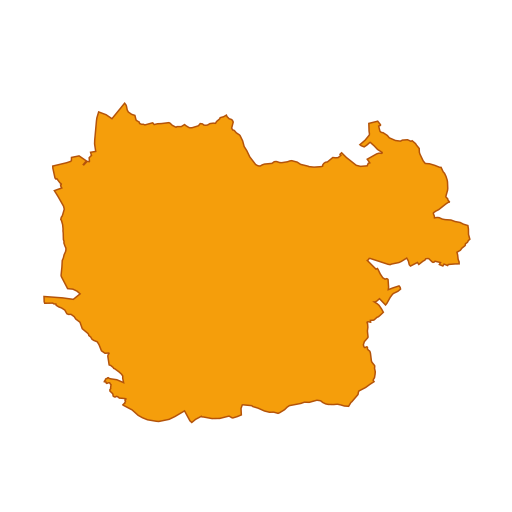 Hoparta, Alba, Romania (Natural Earth projection), rotated 176°
{"feature_id": "2599482B78204466133133", "entity_name": "Hoparta", "entity_type": "district", "adm_level": 2, "iso_a3": "ROU", "parent_name": "Romania", "parent_adm1": "Alba", "projection": "natural_earth1", "projection_center": [23.904, 46.328], "detail": "fine", "context": "isolated", "style": "filled", "palette": "amber", "viewbox_px": 512, "rotation_deg": 176, "n_neighbors": 0, "source": "geoboundaries", "source_scale": "gbopen_adm2", "svg_char_len": 6071}
<svg xmlns="http://www.w3.org/2000/svg" viewBox="0 0 512 512"><g transform="rotate(176 256 256)"><path d="M446.8,294.4L446.7,292.5L447.0,285.8L446.5,284.1L446.7,282.3L445.9,279.3L445.1,277.2L445.2,275.1L445.5,274.5L445.6,273.8L447.3,270.7L448.4,267.3L449.6,265.0L450.4,258.5L451.8,250.3L451.6,249.0L446.2,236.6L441.0,235.7L437.1,233.5L434.1,230.5L441.3,225.5L451.7,227.7L470.3,230.4L470.5,225.2L470.1,223.6L462.1,223.2L461.1,222.4L458.9,222.0L458.8,220.8L456.2,218.9L453.7,217.8L450.5,215.4L448.7,211.6L447.1,210.8L444.6,210.7L441.6,208.2L440.2,205.7L436.2,202.2L434.4,195.6L429.0,190.4L428.4,189.2L428.3,188.3L426.6,186.8L425.4,184.4L423.7,183.1L420.4,181.5L418.8,178.5L416.8,172.2L413.4,169.5L409.7,169.5L409.4,169.2L410.6,167.4L410.8,166.1L410.1,157.6L408.5,156.9L406.2,154.7L405.8,153.8L404.7,153.3L400.7,149.9L398.5,147.6L397.3,145.6L397.5,143.3L396.9,138.9L403.5,142.3L409.5,143.6L411.0,144.1L411.8,144.9L412.6,144.8L413.2,144.1L414.1,144.1L414.8,143.5L415.0,142.5L415.8,141.9L416.1,141.2L414.3,140.6L414.3,139.8L413.7,139.3L412.2,139.8L411.2,139.8L410.7,139.5L410.1,138.3L409.6,137.8L410.2,134.9L410.2,133.8L411.1,132.8L411.1,131.4L408.8,128.9L408.4,128.1L408.3,126.4L408.0,125.9L406.5,125.1L405.1,125.7L403.8,125.3L402.2,123.8L396.4,122.9L395.7,122.5L395.9,122.0L396.8,121.4L396.3,120.2L397.2,118.7L397.2,118.2L397.6,118.2L399.2,116.8L399.0,116.5L390.3,111.1L384.7,105.3L380.6,102.6L375.7,100.2L367.0,98.1L364.6,97.7L354.1,99.1L348.1,101.5L338.1,106.5L333.4,96.2L331.7,94.4L327.6,97.3L321.7,99.9L321.3,99.3L319.7,99.1L311.2,96.9L303.5,96.5L294.6,98.1L293.9,98.1L291.1,96.2L290.3,96.1L285.9,97.1L281.7,98.5L281.6,104.9L280.1,108.4L279.5,108.5L270.7,107.0L269.8,106.1L264.6,104.1L258.4,100.8L253.5,99.2L249.2,99.0L245.0,97.5L243.4,98.0L238.2,100.7L235.4,103.1L233.1,104.4L221.5,105.8L217.9,106.8L213.1,106.3L205.3,107.9L201.7,107.1L199.6,105.2L196.8,103.6L194.3,102.9L189.0,102.4L185.2,102.5L181.7,101.5L178.3,100.2L174.1,99.6L171.5,103.3L170.6,103.9L164.1,110.5L163.8,111.0L163.4,112.9L162.7,114.2L155.8,117.2L151.2,120.1L147.0,122.4L147.8,123.8L147.3,125.0L146.3,126.3L145.5,129.6L145.1,132.1L145.6,135.9L145.3,137.0L145.3,138.4L147.8,142.0L148.2,143.3L148.6,150.7L148.8,152.1L149.3,153.3L150.4,154.2L151.3,155.4L151.2,157.1L151.6,157.6L152.2,157.6L153.5,157.1L154.1,157.1L154.7,158.1L155.1,159.9L153.9,163.0L150.1,166.8L149.9,167.5L150.1,173.4L149.4,177.1L149.4,180.7L149.9,181.7L149.5,182.5L148.4,182.5L146.3,182.0L146.4,183.8L143.4,183.8L142.5,184.1L139.6,186.4L138.2,186.8L136.4,188.1L132.9,191.0L134.5,194.5L136.7,198.2L138.3,199.8L141.1,201.9L140.3,201.9L138.5,202.7L135.8,204.8L130.2,198.1L128.7,199.7L125.0,205.4L122.5,208.3L121.4,209.1L116.9,210.9L114.1,212.9L114.4,214.7L115.4,216.2L121.8,214.6L126.4,213.2L125.9,215.6L125.9,223.2L126.4,223.9L127.3,224.3L128.9,223.9L131.1,225.5L133.3,229.4L135.2,234.1L135.8,235.1L137.2,234.5L145.3,243.8L144.1,244.5L143.3,245.7L142.3,245.6L124.8,238.5L122.8,238.0L121.4,238.5L113.9,239.5L111.5,240.4L105.8,243.4L104.4,240.5L103.7,236.6L102.6,235.2L95.4,238.3L94.2,236.2L89.6,239.3L87.8,240.1L86.9,241.4L84.7,241.5L83.8,241.3L80.8,237.9L79.9,237.3L78.7,237.5L77.8,238.3L72.4,236.6L73.7,234.7L70.3,233.0L69.0,234.8L65.5,233.1L64.8,234.1L58.3,234.2L53.9,234.0L53.8,236.0L54.6,238.6L54.8,243.2L55.3,245.7L51.7,247.5L50.1,249.4L46.8,251.7L46.4,252.3L46.4,253.1L46.2,253.6L44.1,254.9L43.1,256.6L41.5,257.8L42.5,262.7L42.2,268.1L42.5,271.6L46.9,273.3L50.0,275.2L55.0,276.5L59.0,278.3L64.8,279.1L67.5,279.8L70.7,281.5L72.6,281.8L75.3,281.6L75.3,283.3L76.1,285.8L75.9,286.8L73.6,288.2L70.5,289.5L63.1,294.6L60.5,296.1L59.5,296.2L59.3,296.6L60.6,298.4L60.8,299.7L62.3,301.5L62.5,302.1L60.3,308.3L60.0,310.1L59.8,316.6L60.0,318.4L60.9,322.1L62.2,325.4L63.4,326.9L65.2,331.5L66.5,331.6L71.2,333.9L76.5,335.9L80.7,336.5L82.6,339.2L85.4,346.3L85.8,348.1L85.7,351.9L88.3,355.6L89.0,357.0L92.2,360.1L93.4,359.6L96.7,361.4L101.9,361.4L103.9,360.5L108.9,361.5L114.8,364.6L116.6,367.1L118.3,368.4L120.7,370.2L121.7,370.3L123.1,371.1L123.7,372.0L124.6,377.1L123.0,377.5L122.6,378.0L123.0,378.8L125.2,382.0L134.2,380.4L134.5,372.6L134.3,370.1L134.5,368.8L139.1,363.9L144.6,359.8L143.4,358.7L140.5,357.3L137.7,358.9L134.6,361.3L134.1,361.4L130.4,357.6L127.3,353.8L122.9,350.5L123.0,349.9L123.7,349.6L126.1,350.0L128.4,349.5L138.3,344.8L136.0,341.0L137.6,340.6L138.8,338.2L145.5,338.1L149.7,339.5L159.0,348.0L163.4,353.0L165.1,351.6L164.3,350.5L167.2,348.4L169.8,348.4L172.5,348.9L178.1,344.9L180.3,344.6L181.9,343.6L183.0,342.3L183.3,340.9L184.9,340.6L191.9,340.6L197.1,341.5L197.6,341.9L205.1,344.3L208.4,346.8L213.7,348.6L215.5,348.5L218.0,347.8L223.8,347.3L225.7,347.5L228.9,348.8L230.4,348.9L231.6,348.6L233.5,347.3L241.1,347.1L243.4,346.5L245.4,345.5L246.9,345.6L248.2,346.1L250.0,347.3L255.3,355.3L257.8,361.6L260.2,366.1L261.3,371.8L263.4,377.0L264.0,377.9L267.1,380.3L268.4,382.1L269.3,383.0L270.4,383.3L271.4,385.2L269.4,391.2L270.1,393.1L271.3,394.1L273.1,394.7L275.2,397.1L275.7,398.6L278.6,397.2L282.1,396.5L282.7,395.3L286.0,392.9L287.1,391.2L289.4,391.5L292.7,391.3L295.3,390.0L297.0,389.9L298.8,390.2L300.2,391.5L302.4,392.0L304.1,390.2L304.8,389.8L310.9,388.4L313.2,388.5L314.0,388.9L316.6,390.7L318.1,392.1L321.5,390.3L325.7,390.6L326.8,390.0L330.4,392.2L332.5,394.5L333.6,395.1L341.3,394.7L345.0,394.8L348.4,394.2L349.7,396.0L350.2,396.0L357.7,394.5L359.3,395.3L360.8,395.3L362.9,396.3L363.1,397.7L365.2,399.1L366.2,400.1L367.0,404.7L370.2,406.0L373.3,408.5L374.3,410.7L374.8,414.6L375.2,415.8L376.4,417.6L390.1,403.0L395.7,407.4L402.9,410.7L405.1,404.9L405.7,402.1L408.8,382.9L409.2,379.1L408.6,371.5L413.8,371.0L413.1,367.7L413.8,367.3L415.6,365.6L415.5,362.1L415.8,361.7L417.8,362.2L421.4,358.9L421.9,359.3L418.6,362.7L425.5,368.2L433.2,367.2L433.5,364.1L434.3,363.3L438.6,362.2L452.5,359.9L452.5,357.6L451.1,347.9L450.2,346.7L449.3,347.0L446.5,342.7L445.2,341.4L445.4,340.7L446.0,340.5L445.8,339.1L445.0,337.4L452.6,335.3L449.4,329.3L444.5,319.1L444.0,316.1L445.9,310.9L446.7,309.1L447.5,308.3L448.2,306.1L447.6,305.0L446.7,300.7L446.6,296.5L446.8,294.4Z" fill="#f59e0b" stroke="#b45309" stroke-width="1.5"/></g></svg>